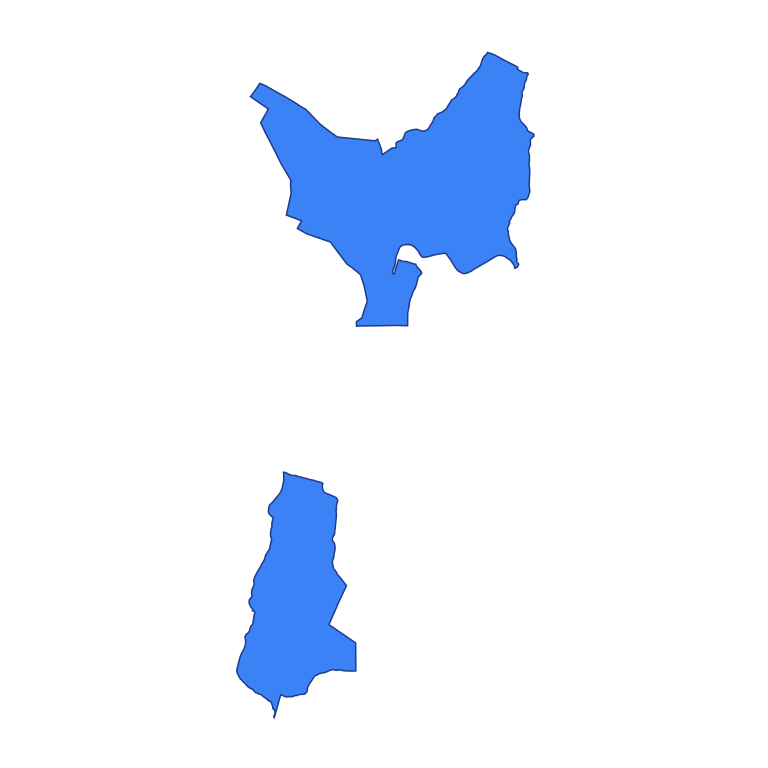 Amaxac de Guerrero, Tlaxcala, Mexico, rotated 262°
{"feature_id": "50627088B74486769027382", "entity_name": "Amaxac de Guerrero", "entity_type": "district", "adm_level": 2, "iso_a3": "MEX", "parent_name": "Mexico", "parent_adm1": "Tlaxcala", "projection": "albers", "projection_center": [-98.192, 19.362], "detail": "fine", "context": "isolated", "style": "filled", "palette": "blue", "viewbox_px": 768, "rotation_deg": 262, "n_neighbors": 0, "source": "geoboundaries", "source_scale": "gbopen_adm2", "svg_char_len": 6126}
<svg xmlns="http://www.w3.org/2000/svg" viewBox="0 0 768 768"><g transform="rotate(262 384 384)"><path d="M487.0,532.3L488.9,533.0L491.0,532.8L493.8,533.0L496.4,533.3L499.8,533.0L504.7,530.2L508.2,528.6L514.9,528.0L517.9,528.3L520.4,527.8L521.5,528.1L525.5,530.8L526.1,530.9L527.6,530.5L528.6,531.7L532.4,534.2L534.2,536.2L536.4,537.4L540.0,538.3L541.9,538.9L543.1,540.0L543.3,541.5L546.8,543.1L547.4,544.8L547.0,549.0L546.7,550.5L548.2,552.1L548.7,552.5L553.6,554.9L555.9,555.3L560.6,555.4L573.4,557.8L578.5,558.3L580.4,558.0L584.3,559.0L590.1,559.8L593.0,559.4L594.8,559.6L596.5,560.2L600.5,562.4L604.4,562.7L606.7,563.9L608.6,567.1L610.7,567.0L614.2,562.1L615.2,561.4L618.3,560.8L621.1,559.0L624.5,556.3L626.7,555.5L628.8,555.1L634.0,555.7L637.5,556.6L642.1,558.3L647.1,559.7L648.7,560.4L649.6,561.0L650.3,561.3L653.4,561.1L654.6,561.7L656.0,562.9L657.7,563.9L661.6,564.9L663.5,565.7L665.5,567.4L667.9,567.9L668.8,568.3L669.6,568.8L670.2,569.8L672.1,569.6L672.5,568.6L672.4,566.3L672.6,565.9L676.6,560.4L677.1,560.0L679.0,560.5L679.4,560.3L687.8,548.3L693.8,540.3L695.9,536.9L697.7,533.3L697.9,532.6L696.2,531.3L694.3,528.5L691.5,526.5L685.8,523.8L681.3,519.8L678.3,515.4L676.7,513.6L674.7,510.8L672.1,507.9L669.1,505.6L667.3,503.2L665.9,500.5L664.5,499.1L662.2,498.2L661.0,496.9L659.2,495.9L658.5,495.2L656.6,492.4L656.2,491.0L655.0,489.5L653.8,489.0L651.2,486.5L649.2,485.2L647.5,483.5L646.6,481.7L645.3,479.7L644.0,474.6L642.2,472.8L640.7,470.7L637.7,469.2L634.6,466.7L633.3,465.5L631.7,464.5L630.4,462.9L629.5,461.7L629.0,459.3L629.3,456.8L629.9,455.3L631.2,453.1L631.7,451.7L631.8,450.0L631.6,446.0L631.3,443.9L631.0,442.5L630.2,440.7L628.4,439.2L626.3,438.3L623.5,436.5L622.6,433.9L622.0,430.7L620.7,429.4L616.4,428.9L616.5,425.0L616.4,424.4L611.3,414.2L617.6,413.9L620.5,413.3L624.4,412.3L627.3,411.8L626.0,408.7L626.6,406.7L635.1,372.1L641.7,365.2L647.9,359.1L650.5,356.7L666.6,345.0L670.6,340.0L675.6,334.3L682.9,325.3L685.8,321.2L695.8,308.2L699.1,302.9L693.7,298.2L689.3,294.0L687.2,291.7L672.4,307.8L659.9,298.2L648.1,301.9L639.9,304.9L615.6,313.1L598.8,320.1L593.7,319.1L585.5,318.5L564.9,310.8L557.1,325.1L550.0,319.8L543.4,328.5L532.0,350.7L508.0,363.9L503.8,368.4L495.5,376.0L483.6,378.0L468.4,379.0L460.5,375.0L452.6,371.3L449.5,365.3L445.2,364.8L440.1,405.6L438.4,415.5L451.1,417.4L458.4,419.9L462.0,420.8L464.6,422.0L466.6,423.2L471.9,425.9L472.4,426.2L473.2,427.2L474.5,428.1L476.7,429.3L478.3,430.1L485.0,432.7L488.4,436.8L490.2,436.4L491.3,435.9L495.4,433.0L496.3,432.6L498.1,432.1L499.5,428.7L501.8,424.2L502.3,422.8L502.8,419.8L504.7,416.5L504.8,416.0L504.7,415.6L504.4,415.4L503.6,414.9L499.1,413.0L496.7,411.6L495.9,411.3L494.8,411.2L491.3,409.2L492.0,408.5L492.4,407.8L495.6,408.9L500.2,411.4L508.8,413.8L515.5,417.7L517.5,419.0L518.5,420.7L519.0,422.7L519.0,424.8L518.7,427.3L517.9,430.4L515.1,433.5L511.3,436.1L506.4,438.1L504.7,439.3L504.1,440.1L503.9,441.6L503.9,445.1L504.9,452.8L505.1,461.7L504.7,463.3L503.2,464.3L497.9,467.0L497.0,467.6L489.8,470.6L486.4,472.5L484.7,474.3L483.5,476.0L482.6,477.4L482.1,478.9L482.3,481.5L483.5,486.1L485.1,488.9L486.4,492.3L491.6,504.9L494.8,512.3L495.5,514.9L495.0,517.8L493.8,520.9L488.6,526.7L483.3,529.4L480.4,529.7L480.5,530.9L481.2,532.2L482.2,533.2L483.4,533.8L484.0,534.0L485.0,533.6L486.4,532.5L487.0,532.3ZM310.5,272.1L308.3,272.1L303.5,271.5L300.1,270.6L298.4,269.9L296.1,269.1L292.7,267.4L290.3,265.7L288.3,263.7L285.8,260.7L281.9,256.6L281.2,255.4L279.9,253.7L278.4,253.0L275.4,252.1L273.4,251.7L272.2,251.9L271.0,252.4L269.6,253.4L267.1,255.4L266.1,255.3L261.8,253.6L260.4,253.3L258.3,253.2L255.9,252.0L251.9,250.8L249.9,250.6L248.1,250.7L246.5,251.2L245.2,250.9L242.2,249.6L241.1,249.5L239.8,248.7L238.0,248.2L235.6,247.1L234.6,245.9L231.4,243.3L230.3,242.6L228.9,242.1L228.0,241.9L227.3,241.3L225.9,240.6L225.0,239.7L223.7,239.0L222.8,237.8L220.6,236.6L216.5,233.2L212.5,230.2L209.5,228.3L207.4,227.7L205.9,227.5L204.7,227.7L203.2,227.5L200.7,225.8L197.9,224.3L196.3,223.9L192.3,223.7L191.4,223.2L189.1,220.6L187.4,220.1L185.9,220.0L184.3,220.2L181.9,221.1L180.8,221.6L179.6,222.7L177.8,222.1L176.8,224.1L176.1,224.5L172.8,223.1L168.3,221.8L164.3,220.4L163.5,219.6L162.9,218.6L161.3,217.6L157.9,216.2L157.2,215.6L156.0,214.2L155.6,213.0L153.8,211.5L151.9,211.1L149.7,211.2L146.8,211.0L144.4,210.2L140.2,207.9L136.9,205.3L134.3,203.8L129.9,201.8L125.3,200.1L123.0,199.0L119.7,198.2L117.8,198.5L112.1,200.6L110.8,201.7L108.4,203.2L106.7,204.8L105.3,205.6L102.7,207.5L100.8,209.8L100.0,211.4L98.4,212.2L96.2,214.0L95.6,215.4L94.7,216.5L93.4,219.3L92.3,220.0L87.4,225.0L86.8,225.1L86.5,225.5L86.1,226.6L84.9,227.4L84.2,228.1L82.5,228.4L81.7,228.4L80.6,228.9L79.6,229.0L78.5,228.7L77.9,228.9L76.7,229.9L75.0,230.5L73.7,230.4L69.9,228.6L69.4,228.5L68.9,228.8L70.2,229.5L90.8,238.5L88.4,242.2L87.7,243.6L87.6,245.7L87.7,247.0L87.1,248.6L87.1,249.4L87.4,249.8L87.4,251.3L87.9,252.6L87.7,253.4L87.7,255.0L88.1,255.8L88.2,258.2L87.9,262.0L88.5,263.2L89.8,264.6L90.9,265.2L93.8,266.0L95.2,266.8L98.1,269.0L100.2,271.0L103.2,273.5L104.5,274.9L105.1,276.3L105.2,277.5L106.4,279.9L106.2,281.8L106.5,283.6L106.4,284.7L107.0,287.5L107.9,290.3L108.0,291.6L108.4,292.8L108.4,293.4L107.6,295.7L107.2,296.3L107.0,297.2L107.2,298.4L107.0,300.3L106.7,301.9L106.0,303.1L105.5,304.7L103.9,314.2L103.9,315.4L103.8,316.2L131.5,319.9L153.4,296.0L173.9,308.6L189.5,318.8L199.6,313.0L201.6,311.4L203.8,310.8L204.9,310.3L206.1,309.8L208.1,308.4L214.6,308.0L215.5,308.2L218.0,309.5L219.3,310.0L221.0,310.4L227.1,312.5L229.2,312.8L231.6,312.9L233.7,312.6L235.7,311.2L237.0,311.1L238.3,311.4L240.8,312.9L241.5,313.8L243.5,314.5L245.3,314.7L247.7,315.6L248.7,315.7L253.2,316.9L259.2,318.3L262.9,318.9L264.9,318.8L266.7,319.5L268.6,319.6L270.4,320.1L272.9,321.0L274.8,322.0L275.7,321.9L277.8,321.1L279.3,319.2L283.9,311.4L284.5,310.1L285.3,309.6L287.2,308.9L289.1,308.6L291.9,308.7L293.5,309.5L294.2,309.5L295.1,308.5L296.9,304.0L297.9,301.9L298.4,301.2L299.6,297.4L300.3,295.8L301.3,294.0L301.8,292.4L303.0,289.7L303.9,287.1L305.9,283.2L305.8,282.2L306.4,279.7L308.4,276.4L309.5,275.0L310.4,273.4L310.5,272.1Z" fill="#3b82f6" stroke="#1e3a8a" stroke-width="1.5"/></g></svg>